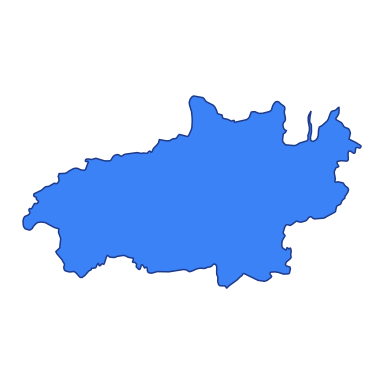 outline of Ivanovo
{"feature_id": "RUS-2355", "entity_name": "Ivanovo", "entity_type": "Region", "adm_level": 1, "iso_a3": "RUS", "parent_name": "Russia", "parent_adm1": "", "projection": "orthographic", "projection_center": [41.756, 57.059], "detail": "fine", "context": "isolated", "style": "filled", "palette": "blue", "viewbox_px": 384, "rotation_deg": 0, "n_neighbors": 0, "source": "natural_earth", "source_scale": "10m", "svg_char_len": 6010}
<svg xmlns="http://www.w3.org/2000/svg" viewBox="0 0 384 384"><path d="M193.8,96.0L202.2,97.5L203.5,98.0L206.1,101.6L212.8,105.0L214.0,106.0L214.9,107.2L216.4,110.0L217.5,113.4L218.1,113.9L221.8,114.9L222.2,115.6L222.7,117.9L223.3,118.4L227.9,119.4L230.8,120.9L231.6,121.1L232.9,120.5L233.9,120.4L234.3,120.8L234.5,122.1L234.8,122.3L246.4,119.7L247.6,119.0L248.6,118.1L249.4,117.0L250.7,113.4L251.3,112.1L252.1,111.8L254.9,111.7L258.4,113.2L259.3,113.4L262.5,113.3L269.6,111.5L271.4,110.1L272.3,107.0L272.8,105.6L273.9,103.7L275.2,102.2L276.0,101.7L277.5,101.5L278.8,102.0L280.9,104.0L283.8,106.1L284.5,106.9L284.8,107.9L284.9,108.8L284.4,111.1L284.3,112.8L285.3,117.3L285.4,119.8L284.9,121.1L283.5,122.7L283.2,123.5L283.0,124.4L283.0,126.0L283.6,128.2L284.3,129.3L285.2,130.2L286.3,130.5L285.5,132.4L283.3,134.0L282.6,139.2L282.6,140.3L282.9,141.9L285.1,144.3L285.3,144.8L294.3,145.6L296.4,145.1L299.5,143.1L306.8,140.9L308.0,139.6L308.1,138.4L307.9,135.6L309.2,131.5L309.4,130.0L309.4,127.3L308.5,122.9L308.2,120.5L308.2,117.3L308.8,115.1L311.1,111.0L310.1,116.4L309.8,119.0L309.7,122.0L310.0,122.7L311.1,124.2L311.4,125.8L311.5,132.0L310.5,137.2L310.6,140.1L312.2,141.4L314.1,141.0L315.9,140.0L317.3,138.2L318.2,135.5L318.6,129.5L319.3,127.1L322.1,125.5L327.0,121.1L328.3,119.1L330.0,114.2L331.1,111.9L331.8,111.3L335.7,110.1L338.4,107.4L339.0,107.4L339.1,109.8L338.9,113.2L337.8,115.5L335.9,118.3L335.9,119.0L336.2,119.7L341.3,122.6L342.2,123.6L343.9,126.6L344.5,127.1L348.4,128.7L349.3,129.8L350.2,132.4L350.4,133.4L349.0,139.1L356.0,142.6L360.7,145.6L361.0,146.2L360.9,147.0L360.1,148.0L359.4,148.1L357.4,147.4L356.2,147.7L355.7,148.3L355.5,149.0L355.4,151.2L355.2,152.1L354.7,153.0L354.1,153.3L353.5,153.2L350.8,151.3L349.4,151.0L348.7,151.3L348.3,152.3L348.0,153.9L348.3,159.4L348.0,160.2L347.4,160.9L346.6,161.1L341.2,160.7L338.1,161.3L337.4,161.6L337.0,162.1L337.0,162.9L337.4,164.0L338.6,165.9L338.7,166.5L338.3,166.9L336.2,167.6L335.8,168.1L334.4,171.2L334.3,173.1L335.3,178.6L335.3,179.4L334.7,181.5L335.7,182.2L337.9,181.8L342.6,182.8L343.4,183.3L344.8,185.5L347.9,188.0L348.4,189.3L348.5,190.1L347.7,192.3L344.9,196.6L344.7,198.3L342.6,200.0L341.8,201.1L340.8,203.8L340.2,204.4L337.1,205.8L336.6,206.7L336.1,208.4L335.5,211.5L334.6,212.3L326.2,216.8L325.4,217.5L323.4,218.2L314.2,218.9L312.9,218.2L311.4,216.9L310.0,216.7L308.8,217.5L306.7,220.1L305.8,220.8L301.2,222.2L298.3,221.8L297.4,221.2L296.7,221.2L296.0,221.4L291.5,224.8L290.1,225.4L287.1,224.6L285.8,225.2L284.8,227.0L283.2,232.2L283.3,233.3L285.0,235.5L284.9,236.1L283.0,239.2L282.2,241.1L281.9,242.7L281.8,245.6L282.2,247.2L282.8,248.0L285.6,250.0L286.1,249.9L286.4,249.4L286.8,248.0L287.1,247.7L288.0,248.1L288.6,248.8L289.4,248.7L290.1,248.1L290.5,248.2L290.9,249.2L291.1,250.7L291.1,252.2L290.7,254.4L291.1,257.4L290.3,258.7L286.6,261.8L285.7,263.4L285.4,264.5L286.3,265.9L289.9,267.0L290.3,268.1L290.4,268.9L289.5,272.9L289.0,273.5L288.1,273.9L283.6,274.1L278.4,272.4L275.0,271.9L270.9,272.1L270.3,272.5L270.0,273.1L270.0,274.0L270.4,274.7L271.6,276.2L271.1,277.4L267.1,280.4L264.4,281.3L258.0,280.3L244.0,273.5L242.5,274.2L242.3,275.0L241.8,275.7L240.0,277.0L237.1,279.9L228.9,285.9L227.0,287.9L226.5,288.0L225.4,286.3L224.5,285.9L220.5,285.8L219.4,285.4L218.7,284.8L217.8,282.0L217.7,280.3L217.9,278.5L217.8,276.9L216.8,274.6L216.6,271.5L216.8,268.9L216.6,266.2L216.0,265.0L214.9,264.1L213.6,264.1L211.7,266.0L210.6,266.8L207.4,267.3L205.5,268.2L203.7,268.5L200.2,268.1L196.5,269.0L191.8,271.1L190.2,271.6L189.0,271.6L186.4,269.9L183.5,269.5L168.9,271.8L157.2,271.6L151.7,273.2L149.2,272.9L148.0,272.2L147.3,270.6L147.3,269.1L147.0,267.8L146.6,267.2L146.0,267.2L144.8,268.0L144.4,267.8L143.2,265.7L142.4,264.8L141.7,264.8L141.3,265.2L140.7,267.5L140.1,269.0L139.4,269.5L138.6,269.3L136.4,267.0L136.2,266.3L136.6,264.1L135.1,262.5L132.8,262.3L132.6,261.8L132.6,261.3L133.2,260.0L133.4,258.3L128.0,257.2L125.9,256.0L123.5,255.4L117.0,256.4L115.5,257.2L113.7,257.5L109.8,257.1L109.3,256.8L107.9,255.5L107.5,255.4L107.0,255.9L106.4,257.1L104.5,262.9L103.8,264.3L102.1,263.8L101.6,264.0L100.6,265.4L99.6,265.8L98.9,265.2L98.2,263.5L97.1,264.5L96.3,266.8L95.4,267.9L91.6,268.4L91.0,269.9L88.8,271.0L84.7,275.6L82.0,277.5L80.3,277.4L79.5,276.8L75.9,272.7L74.0,271.5L69.9,272.0L66.5,271.3L64.8,270.5L64.1,269.3L63.8,267.7L63.8,266.9L64.4,265.2L64.3,263.7L63.0,261.8L62.2,260.0L57.2,254.1L56.2,252.5L55.9,251.5L58.9,248.7L59.6,247.9L59.9,246.9L60.0,244.4L60.7,239.0L60.3,237.2L58.7,233.0L58.5,232.0L58.8,228.8L54.3,227.5L45.3,222.6L41.3,222.0L38.2,222.4L36.6,223.1L33.9,225.7L32.2,228.5L30.3,229.9L28.9,230.0L25.2,228.8L23.8,226.9L23.4,225.8L23.0,221.3L23.2,220.0L23.5,218.8L24.1,217.4L24.8,216.5L28.6,214.8L29.7,213.4L29.9,212.8L29.9,212.2L29.0,210.9L28.9,210.1L29.2,209.0L29.8,208.5L31.2,208.9L31.7,208.5L34.4,203.6L35.3,203.4L36.8,203.7L38.4,202.1L38.5,201.5L38.3,201.1L36.5,199.5L36.3,198.6L36.4,197.5L36.1,197.2L34.2,196.5L33.9,196.1L33.7,194.7L33.9,194.1L34.2,193.7L41.5,190.2L45.0,187.1L46.4,186.6L48.9,186.3L54.1,183.3L54.7,183.2L55.9,183.7L56.6,183.7L57.7,182.9L58.4,182.0L59.0,180.3L58.9,178.7L58.2,176.6L59.1,173.6L64.6,173.4L66.7,172.8L69.2,170.9L73.1,168.8L74.7,168.3L75.9,168.2L77.6,168.4L81.0,169.9L84.5,170.3L85.6,169.3L88.2,162.3L88.2,161.7L87.7,161.4L86.5,161.6L85.9,161.5L85.4,161.1L85.5,159.9L86.0,159.4L86.8,159.0L88.5,159.0L91.8,159.5L95.9,158.3L104.7,160.9L109.3,160.9L110.7,160.4L113.1,156.6L114.3,155.5L116.6,154.6L118.5,154.7L120.8,156.2L122.3,155.9L123.9,154.6L125.8,154.1L136.9,152.6L138.5,152.8L140.9,153.4L143.4,153.0L147.1,153.3L148.7,151.6L149.6,151.1L150.2,151.3L151.2,152.3L151.6,152.2L152.0,151.7L153.5,148.4L157.2,144.6L158.5,142.9L159.3,139.6L166.8,140.9L169.9,140.6L171.1,139.7L173.3,138.7L174.9,138.7L176.5,138.1L178.4,135.3L179.1,134.6L179.9,134.5L187.3,136.5L188.5,135.8L191.2,130.0L191.9,127.4L192.2,121.9L192.2,118.5L191.6,112.0L191.4,110.8L191.0,110.1L190.2,107.1L189.6,105.5L189.2,102.4L190.2,99.2L191.7,97.2L192.8,96.3L193.8,96.0Z" fill="#3b82f6" stroke="#1e3a8a" stroke-width="1.5"/></svg>